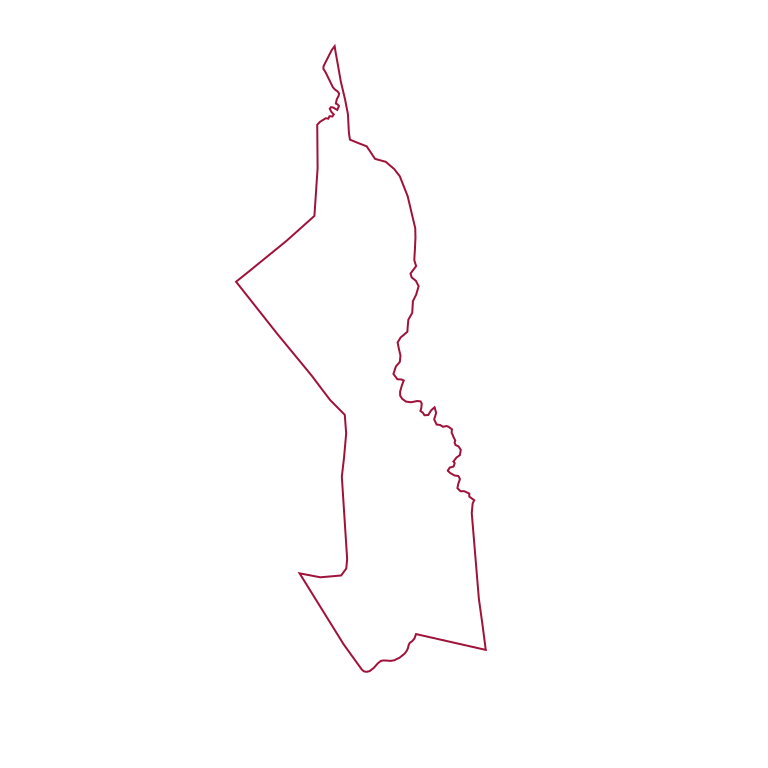 Ar Rahad, Gedarif, Sudan (Mercator projection), rotated 216°
{"feature_id": "16777658B55257137653826", "entity_name": "Ar Rahad", "entity_type": "district", "adm_level": 2, "iso_a3": "SDN", "parent_name": "Sudan", "parent_adm1": "Gedarif", "projection": "mercator", "projection_center": [34.809, 13.193], "detail": "fine", "context": "isolated", "style": "outline", "palette": "rose", "viewbox_px": 768, "rotation_deg": 216, "n_neighbors": 0, "source": "geoboundaries", "source_scale": "gbopen_adm2", "svg_char_len": 3790}
<svg xmlns="http://www.w3.org/2000/svg" viewBox="0 0 768 768"><g transform="rotate(216 384 384)"><path d="M622.5,628.3L622.6,623.5L619.7,605.5L618.2,603.3L614.8,602.0L601.4,594.9L599.8,594.0L596.4,593.4L593.4,593.4L591.1,592.6L590.1,590.4L589.6,586.7L587.8,582.6L585.7,582.9L583.8,582.4L582.9,578.2L587.7,577.8L589.6,576.8L589.7,574.8L586.5,573.2L583.1,572.6L583.0,570.1L585.5,568.6L585.0,565.9L587.3,564.8L589.9,558.5L590.4,554.5L564.6,519.6L539.1,479.1L547.0,442.6L560.0,393.6L563.8,379.8L500.8,362.1L447.6,348.3L429.6,342.8L417.9,339.3L397.6,336.0L385.5,321.7L372.8,300.5L363.7,284.3L310.9,220.7L306.1,212.6L306.1,203.9L321.9,190.2L341.0,181.2L263.5,149.6L234.3,140.0L231.4,139.7L228.9,140.9L226.9,143.2L225.4,148.3L224.8,154.3L223.8,158.1L222.2,159.8L219.8,161.5L216.0,163.8L213.3,166.5L211.9,169.3L210.7,171.3L208.8,178.0L208.8,181.6L209.3,184.2L210.7,187.6L211.0,189.9L210.0,192.6L209.8,196.1L210.4,198.1L211.1,200.5L145.4,228.7L162.7,247.0L181.1,266.1L237.1,331.1L242.1,339.5L242.7,343.0L248.8,343.0L250.4,345.2L250.6,345.5L252.1,345.2L256.2,344.4L259.1,342.2L263.4,342.9L264.7,345.7L265.4,347.4L266.3,350.4L266.7,351.7L267.9,352.4L269.3,353.1L269.9,353.2L270.3,353.0L271.0,352.6L271.4,352.4L271.6,352.3L272.4,351.9L272.8,351.6L273.1,351.5L273.6,351.4L274.4,351.3L275.3,351.2L275.7,351.2L277.0,351.0L277.5,351.0L277.7,350.9L277.9,350.9L278.2,350.9L278.3,350.9L278.7,351.0L278.9,351.0L279.8,351.1L281.1,351.3L281.4,351.3L281.5,351.4L281.6,352.4L281.6,352.8L281.6,353.2L281.6,353.7L281.7,355.0L279.2,358.1L280.0,360.7L280.1,361.1L280.2,361.3L280.3,361.5L280.6,361.6L281.4,361.9L282.1,362.1L282.3,362.1L282.1,367.2L280.8,371.1L281.1,371.6L282.2,373.9L283.2,375.9L287.1,377.3L290.3,376.7L292.0,377.8L292.4,378.0L293.2,380.2L295.1,381.2L296.1,381.6L297.5,382.5L298.2,383.0L298.7,383.3L300.6,384.3L301.8,386.2L302.4,387.3L302.6,387.3L302.9,387.3L305.1,387.3L305.5,387.3L306.4,387.3L306.7,387.3L307.0,387.3L307.9,387.0L308.1,386.9L308.3,386.9L308.6,386.8L308.8,386.6L309.3,386.1L309.4,385.9L309.7,385.6L310.5,384.8L310.9,384.4L311.2,384.0L311.9,384.0L312.3,384.0L312.7,383.9L312.9,383.9L313.6,383.9L313.8,383.9L314.1,383.8L314.3,383.8L314.6,383.8L315.1,383.5L315.4,383.3L315.7,383.2L315.9,383.1L316.4,382.8L316.9,382.5L317.0,382.4L317.3,382.2L317.6,382.1L318.0,382.3L318.2,382.5L318.8,382.8L319.0,382.9L319.4,383.1L322.0,384.5L322.6,384.9L322.7,385.0L323.4,387.2L323.5,387.5L324.0,388.9L324.7,390.8L325.0,391.4L325.2,391.6L325.5,391.8L329.0,394.6L329.2,394.8L329.4,394.9L330.4,390.3L330.0,384.9L332.9,382.5L335.7,383.6L338.7,383.6L339.7,386.5L342.1,390.5L344.2,391.4L347.1,389.8L351.4,385.1L355.9,382.7L360.6,382.7L364.0,384.0L366.5,387.3L368.8,393.6L370.1,398.5L372.6,397.9L376.0,395.7L382.3,397.7L384.7,405.3L384.2,411.2L387.4,416.7L392.4,421.0L397.4,425.6L397.9,431.3L395.8,440.0L397.7,443.0L402.1,450.3L403.0,458.2L409.3,468.0L410.5,475.2L412.5,480.8L413.5,483.5L418.8,486.2L424.2,486.5L427.5,488.9L427.3,498.3L427.6,498.5L427.9,498.7L428.6,499.2L429.3,499.7L429.6,500.0L430.3,500.5L431.1,501.1L431.5,501.4L431.8,501.6L432.0,501.8L432.4,502.1L432.7,502.7L432.8,502.8L435.4,506.8L438.7,512.0L441.7,516.5L444.5,520.8L450.3,528.4L475.2,549.8L493.4,561.4L495.6,562.0L502.1,563.9L509.9,564.5L510.7,564.6L513.2,564.8L522.4,561.3L523.6,560.9L523.9,561.0L525.3,561.5L526.3,561.9L526.7,562.0L527.5,562.3L529.8,563.2L530.1,563.3L530.4,563.4L531.4,563.8L535.3,565.2L536.4,565.6L536.6,565.7L536.8,565.8L537.2,565.9L537.4,566.0L537.7,566.1L538.4,565.9L539.2,565.7L541.9,565.0L545.3,564.1L546.9,563.7L547.7,563.5L552.9,562.2L553.6,562.0L554.0,561.9L554.7,561.7L555.2,561.7L555.4,561.9L555.6,562.0L555.9,562.4L557.9,564.4L560.2,566.8L568.4,576.9L571.6,580.9L572.1,581.4L583.3,591.8L596.5,603.1L608.5,614.7L618.1,623.9L619.0,624.8L622.5,628.3Z" fill="none" stroke="#9f1239" stroke-width="2"/></g></svg>